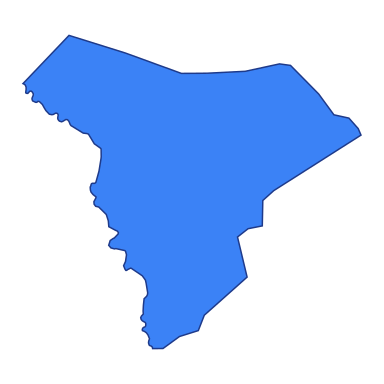 outline of Allendale, South Carolina, United States of America
{"feature_id": "52423323B67769542433711", "entity_name": "Allendale", "entity_type": "district", "adm_level": 2, "iso_a3": "USA", "parent_name": "United States of America", "parent_adm1": "South Carolina", "projection": "robinson", "projection_center": [-81.466, 32.951], "detail": "fine", "context": "isolated", "style": "filled", "palette": "blue", "viewbox_px": 384, "rotation_deg": 0, "n_neighbors": 0, "source": "geoboundaries", "source_scale": "gbopen_adm2", "svg_char_len": 2079}
<svg xmlns="http://www.w3.org/2000/svg" viewBox="0 0 384 384"><path d="M290.5,65.4L279.5,63.9L245.3,71.3L207.5,73.2L198.6,73.3L181.4,73.4L125.3,53.0L69.0,35.4L23.0,83.6L24.0,84.1L25.3,85.1L26.1,87.2L26.1,89.5L25.9,90.9L25.7,92.5L25.9,93.0L26.4,93.3L27.8,93.4L29.8,91.2L31.1,91.1L32.0,91.7L33.3,93.8L33.2,95.3L32.5,97.0L32.0,98.3L32.1,99.6L32.6,100.9L35.6,102.3L36.8,102.3L38.0,101.3L39.4,101.6L42.4,104.5L44.2,107.8L45.9,110.6L49.3,114.2L51.8,114.7L53.2,114.5L54.5,113.8L55.4,113.2L55.9,113.2L56.2,113.2L56.7,113.2L57.2,113.4L58.0,114.3L58.2,115.2L58.0,116.0L57.7,118.1L58.0,119.4L58.6,120.3L59.4,121.1L61.5,121.8L62.7,121.4L65.9,119.5L67.5,119.7L68.6,121.0L68.9,121.3L70.2,124.5L71.0,125.6L83.2,133.1L87.2,133.6L88.5,134.2L94.3,143.8L100.5,148.2L101.1,149.1L101.2,156.9L101.0,158.7L99.0,171.1L96.0,181.9L95.7,182.6L94.7,183.3L93.5,183.3L92.3,183.3L91.5,183.7L91.1,184.5L90.9,185.4L90.7,186.1L90.3,186.8L90.2,187.7L90.3,188.7L90.4,190.1L91.1,192.2L93.1,194.6L96.0,196.9L95.9,197.9L93.9,201.7L94.1,204.2L95.7,206.3L98.7,207.0L106.3,214.5L108.3,220.8L108.8,226.7L115.3,230.2L117.3,231.1L118.4,232.6L118.1,234.0L114.1,238.2L113.6,238.2L110.2,240.5L108.7,245.3L110.9,247.9L114.4,248.9L115.9,248.6L124.9,250.6L125.6,251.5L126.5,254.8L125.5,261.5L123.6,265.7L124.9,269.0L125.8,270.4L126.6,270.4L127.8,269.5L130.7,268.1L131.5,268.4L132.0,268.8L142.3,275.8L145.4,280.1L146.1,283.1L147.7,292.9L147.4,294.8L146.6,296.3L144.1,298.7L143.4,305.3L143.1,311.1L143.3,314.0L141.4,316.1L140.7,317.7L141.2,319.5L142.3,320.8L143.8,321.7L145.1,322.4L145.7,323.3L145.8,324.2L145.7,324.9L145.7,325.9L144.8,327.0L143.5,327.4L142.9,328.0L142.6,328.6L142.3,329.2L142.3,330.2L142.5,330.7L143.3,330.9L144.9,331.7L146.4,332.8L148.0,335.0L148.7,336.8L149.5,338.7L148.7,341.1L148.5,342.9L148.9,344.3L149.4,345.4L151.0,346.0L151.9,346.6L152.5,347.7L152.6,348.6L163.0,348.5L179.5,336.5L198.3,330.6L204.3,315.2L247.1,277.1L237.5,237.0L248.1,228.7L262.3,225.9L262.8,200.5L273.8,190.6L361.0,135.1L358.2,128.6L348.9,118.1L333.9,114.8L318.7,94.0L290.5,65.4Z" fill="#3b82f6" stroke="#1e3a8a" stroke-width="1.5"/></svg>